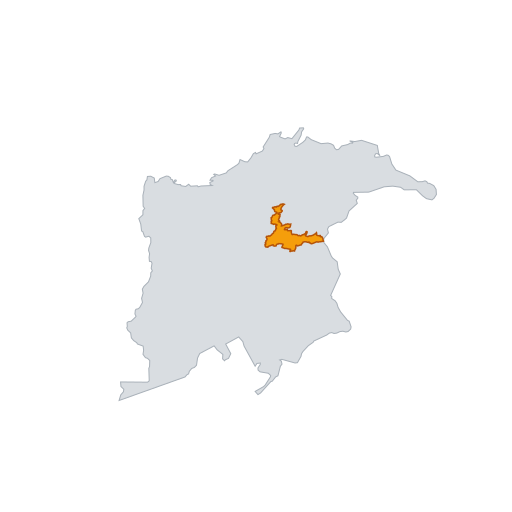 Boyacá highlighted on a map of Colombia, rotated 61°
{"feature_id": "COL-1315", "entity_name": "Boyacá", "entity_type": "Department", "adm_level": 1, "iso_a3": "COL", "parent_name": "Colombia", "parent_adm1": "", "projection": "robinson", "projection_center": [-73.321, 5.85], "detail": "fine", "context": "in_parent", "style": "filled", "palette": "amber", "viewbox_px": 512, "rotation_deg": 61, "n_neighbors": 0, "source": "natural_earth", "source_scale": "10m", "svg_char_len": 9182}
<svg xmlns="http://www.w3.org/2000/svg" viewBox="0 0 512 512"><g transform="rotate(61 256 256)"><path d="M288.5,79.1L284.2,81.1L275.8,83.6L270.0,94.3L266.0,96.2L261.2,102.5L257.6,110.4L254.8,126.4L247.6,139.9L248.2,140.5L251.1,139.9L253.8,138.4L254.8,138.9L255.8,141.3L259.1,141.9L261.7,152.8L266.7,158.4L267.2,160.6L267.9,165.1L266.1,167.9L265.6,178.0L267.1,180.4L270.9,181.5L273.4,187.7L274.9,189.2L277.2,190.1L282.7,189.1L292.5,190.2L294.9,190.0L300.4,187.8L307.4,190.5L312.6,191.0L326.7,209.9L328.1,209.3L329.9,210.4L333.5,208.5L336.6,208.2L340.6,209.1L345.9,209.1L356.6,207.2L358.2,206.1L364.1,207.2L365.8,208.6L366.7,212.1L366.0,214.3L363.9,216.5L362.8,219.3L362.6,222.7L361.6,225.3L359.7,226.9L359.0,229.3L359.4,232.4L358.4,246.7L359.2,247.9L359.8,253.7L362.3,261.3L363.5,263.5L365.6,265.3L369.4,271.5L368.5,273.7L358.9,283.5L358.4,285.7L360.2,284.8L363.2,285.7L364.2,288.1L371.4,294.9L371.3,297.5L373.4,302.6L373.0,303.8L378.0,318.4L378.2,321.5L374.0,322.4L373.9,312.6L373.3,310.5L368.6,301.8L367.6,301.1L364.5,302.1L359.3,308.6L356.8,309.5L354.9,308.6L352.9,304.8L351.7,304.1L350.4,307.3L352.0,310.2L329.0,310.1L324.5,309.0L318.4,310.4L318.3,325.2L329.2,325.4L332.2,329.7L331.9,333.1L332.4,334.3L329.8,335.1L326.0,332.7L319.2,335.5L314.3,336.2L314.0,352.5L316.9,356.6L322.7,361.0L323.6,363.9L323.2,366.7L324.5,370.2L326.4,372.1L326.4,374.2L327.4,376.6L316.0,445.8L311.9,441.6L310.5,437.8L308.5,436.2L304.7,437.4L300.5,435.5L313.8,412.0L313.4,409.9L302.3,404.2L301.1,402.7L295.9,399.6L292.9,400.5L291.3,402.0L287.2,402.5L284.0,400.0L280.1,398.4L275.4,402.4L274.0,402.3L270.7,404.0L267.2,404.7L262.5,402.9L258.8,404.1L256.2,403.9L255.2,402.7L251.9,401.2L251.5,399.7L252.5,396.8L251.0,391.0L250.5,390.1L248.0,390.0L245.0,387.9L244.4,386.7L245.1,384.4L244.5,382.4L241.6,377.8L237.6,376.6L233.8,372.8L229.9,371.5L228.2,368.7L226.5,362.6L222.5,357.8L219.7,356.2L218.8,353.9L215.9,353.6L212.0,350.5L210.2,350.3L209.0,351.8L205.4,350.2L202.3,347.9L199.1,347.3L197.1,345.9L193.3,341.5L189.2,339.3L186.8,340.1L186.0,343.4L184.7,344.0L180.0,343.2L179.2,343.8L178.0,343.7L172.2,341.3L166.5,340.4L165.1,334.9L161.5,332.9L160.4,330.3L157.8,330.6L148.1,325.5L144.1,322.0L140.7,320.1L137.1,316.2L136.6,314.6L133.8,312.4L135.2,309.4L138.5,307.2L142.8,308.9L143.4,305.5L141.8,302.5L142.6,295.7L143.7,294.1L146.1,292.8L147.6,293.3L148.5,292.2L152.0,292.7L153.1,292.2L155.8,289.5L157.0,287.3L158.2,287.5L161.1,283.8L160.6,280.1L163.3,279.3L166.2,273.2L167.4,273.1L168.1,270.2L173.1,260.2L171.2,261.4L169.3,260.7L169.6,257.3L169.0,256.9L167.4,259.5L166.0,256.9L166.4,252.6L164.1,253.4L164.2,252.4L167.5,249.2L168.9,241.8L167.8,239.1L167.1,228.1L166.6,226.0L163.9,223.2L168.1,220.1L169.7,217.7L167.7,212.8L165.2,208.7L165.2,206.2L166.7,206.4L167.3,199.6L165.9,197.0L164.1,196.9L158.6,186.8L156.6,184.7L158.1,179.8L159.8,177.7L159.5,174.0L160.6,174.2L163.0,177.5L163.9,177.0L167.7,173.8L167.8,170.8L170.8,167.7L166.6,157.4L165.2,155.8L166.9,152.4L167.9,152.6L169.5,155.9L172.2,158.0L176.1,163.8L177.7,165.1L176.5,166.4L176.3,167.7L176.8,168.5L179.0,168.7L179.9,167.1L179.3,160.0L178.4,156.5L176.4,154.1L177.0,153.0L181.0,151.3L189.3,144.6L192.1,138.3L194.3,136.0L196.8,134.5L199.8,134.9L202.1,134.1L202.8,132.1L201.3,127.7L203.0,121.7L203.0,118.7L204.1,116.9L203.7,116.2L200.7,118.3L203.8,114.1L206.0,107.6L218.1,96.3L225.9,99.0L228.4,98.9L225.1,100.3L224.6,101.9L225.7,103.6L226.9,104.1L227.9,103.0L230.6,96.4L231.0,92.7L232.1,91.5L233.8,91.0L241.4,92.6L248.7,92.0L260.5,82.6L269.5,78.5L271.6,74.6L272.2,71.7L273.8,70.6L275.5,70.6L276.6,69.0L280.6,66.4L285.0,66.2L289.7,68.4L291.8,72.3L292.2,74.9L288.5,79.1ZM152.2,291.5L151.6,292.0L150.6,291.1L150.2,289.9L150.9,289.1L151.7,289.3L152.2,291.5Z" fill="#d9dde1" stroke="#a8b0b8" stroke-width="1"/><path d="M275.2,189.6L275.8,189.8L275.6,190.4L275.4,190.9L274.6,193.1L274.2,193.9L274.0,194.9L273.6,195.4L273.2,195.7L273.0,196.1L272.5,200.4L272.3,201.2L272.2,201.5L271.9,201.9L271.6,202.0L271.3,202.1L271.1,202.1L270.9,202.3L270.7,202.6L270.5,202.8L270.3,203.0L270.1,202.9L270.0,202.7L269.9,202.7L269.6,202.8L269.4,203.1L269.3,203.3L269.3,203.6L269.1,204.1L268.6,204.7L268.0,205.1L267.1,206.6L266.7,208.0L266.7,208.3L266.8,208.4L267.1,208.6L267.2,208.8L267.3,209.3L267.4,209.6L267.5,209.9L267.6,210.2L268.2,210.9L268.2,211.3L267.9,211.9L267.7,213.1L267.3,214.8L267.2,214.9L266.7,215.0L266.4,215.2L266.2,215.4L266.1,215.5L266.1,216.0L268.0,217.2L268.8,217.8L269.0,218.4L269.4,218.7L269.8,219.5L270.3,219.9L270.0,220.2L269.9,220.3L269.7,220.4L269.6,220.7L269.5,221.1L269.5,221.4L269.4,221.6L269.1,221.9L269.0,222.2L268.9,222.4L268.7,223.9L268.5,224.1L268.4,224.0L268.1,223.8L267.6,223.5L267.5,223.3L267.3,222.9L267.2,222.7L266.9,222.6L266.6,222.8L266.2,223.4L263.9,226.1L263.5,226.9L263.2,227.4L262.4,227.9L261.2,229.1L260.8,229.1L260.3,228.3L259.9,227.9L259.4,227.1L259.2,226.9L258.8,226.7L258.4,227.1L258.2,227.3L257.9,227.6L257.5,228.0L256.4,229.8L256.2,230.0L256.3,230.8L256.2,231.0L256.0,231.3L255.9,231.8L255.9,232.1L256.0,232.4L256.2,232.8L256.7,233.3L256.9,233.6L256.6,234.2L256.5,234.7L256.3,235.0L256.0,235.3L255.5,235.9L254.8,235.6L254.5,235.6L254.4,235.8L254.1,237.3L254.0,238.3L253.7,239.3L253.6,239.8L254.0,241.1L253.9,241.5L253.6,241.5L253.5,241.8L253.5,242.0L253.4,242.1L253.2,242.6L253.1,242.8L252.7,243.1L251.9,243.2L251.1,242.8L250.6,242.8L250.5,242.4L250.4,241.8L250.2,241.6L249.8,241.5L249.6,241.5L249.3,241.6L249.0,241.6L248.9,241.4L248.8,241.2L248.4,240.4L247.6,240.1L247.6,239.9L247.6,239.6L247.5,239.3L247.2,238.9L246.9,238.4L246.7,238.2L246.1,238.0L244.5,238.0L244.0,237.3L244.0,237.0L244.7,235.7L244.6,234.9L245.4,234.3L245.4,234.0L245.1,233.3L245.1,232.8L245.2,232.5L245.1,232.2L244.6,231.3L244.4,230.7L244.5,230.1L244.2,229.4L243.8,229.0L243.2,228.5L243.1,228.2L243.1,227.9L243.1,227.7L243.2,227.4L243.3,227.1L243.1,226.9L243.1,226.7L242.9,226.5L242.1,225.6L241.9,225.2L241.9,224.9L241.7,224.9L241.6,225.0L241.3,225.0L241.0,224.8L240.6,224.4L240.1,224.5L239.1,223.9L239.1,222.7L238.9,222.6L238.7,222.7L238.0,223.2L236.9,224.5L236.9,224.9L236.8,225.4L236.2,225.6L234.9,226.9L234.0,226.3L233.7,226.3L233.3,226.1L233.1,225.9L232.9,225.5L232.9,225.1L231.9,225.1L231.7,225.1L231.4,224.8L230.7,224.4L230.3,224.4L230.0,224.4L229.9,224.3L229.9,224.1L229.9,223.7L229.7,223.0L228.9,222.1L228.6,221.5L228.6,221.2L228.9,220.5L229.1,220.2L229.1,219.9L229.1,219.7L228.9,219.5L228.8,219.1L228.8,218.7L228.8,218.4L228.7,218.0L228.6,217.8L228.6,217.6L228.6,217.4L228.4,217.2L228.3,216.9L228.2,216.8L228.1,216.6L227.9,216.6L227.6,216.8L227.0,217.4L226.7,217.6L226.6,217.8L226.1,218.0L225.1,217.8L224.8,217.7L224.5,217.5L224.2,217.4L224.1,217.5L223.8,217.7L223.3,217.9L222.2,218.2L221.9,218.3L221.8,218.2L221.7,218.0L221.6,217.9L221.9,217.3L222.1,215.8L222.2,215.5L222.4,215.1L222.7,214.8L223.0,214.7L222.7,213.6L222.8,213.2L223.2,212.9L223.3,212.8L223.4,212.6L223.3,212.3L223.3,212.2L223.3,211.2L223.3,210.9L223.2,210.5L222.9,210.1L222.8,209.9L222.8,209.6L222.8,209.3L223.1,208.7L223.3,207.8L223.5,207.2L223.9,206.7L224.5,206.2L224.6,206.8L224.6,207.0L224.8,207.7L225.0,208.1L225.3,209.1L226.1,210.5L226.5,211.0L226.8,211.2L227.0,211.4L227.2,211.5L227.4,211.7L227.6,211.7L227.7,211.8L228.0,211.7L228.5,211.3L228.8,211.1L229.1,211.1L229.3,211.2L229.5,211.5L229.7,212.2L229.9,212.6L230.1,213.1L230.1,213.5L229.6,214.5L229.5,215.0L229.5,215.3L229.7,216.1L230.1,216.2L230.5,216.0L230.7,215.7L231.0,215.2L231.4,214.9L231.8,215.4L232.7,215.6L233.0,216.0L233.1,216.7L233.5,216.7L233.9,216.9L234.3,217.7L234.7,218.3L235.4,218.8L235.7,218.8L235.9,218.6L236.1,218.6L236.5,218.4L236.8,218.4L237.0,218.4L237.2,218.5L237.4,218.7L237.3,219.3L238.2,218.6L239.6,218.2L240.2,218.1L240.6,218.2L241.0,218.3L241.4,218.6L241.8,219.0L242.0,219.2L242.2,218.8L242.3,218.5L242.3,218.0L242.5,216.9L242.7,216.2L242.7,215.7L242.7,215.2L242.6,214.8L242.7,214.5L243.1,213.8L243.2,212.9L243.4,212.5L244.2,211.7L244.3,211.5L245.0,210.2L245.3,210.6L246.2,211.1L247.0,212.0L247.3,212.4L247.3,212.7L247.3,213.1L247.3,213.5L246.9,214.4L246.6,215.0L246.2,215.2L246.1,215.6L245.7,216.0L245.6,216.9L246.4,218.1L246.7,218.3L246.9,218.2L247.2,217.4L247.6,217.0L247.8,216.4L247.9,215.9L248.1,215.8L248.7,216.0L249.2,216.0L250.2,214.2L250.6,213.1L251.0,212.9L251.3,212.9L251.8,213.3L252.4,213.7L254.3,214.0L254.7,214.0L254.9,213.8L255.1,212.7L256.7,210.7L256.9,210.2L257.1,209.9L257.7,209.6L258.3,209.5L258.7,209.2L259.0,208.1L259.4,207.8L259.6,207.7L259.9,207.4L260.1,207.2L260.1,206.9L260.1,206.5L260.2,206.1L259.9,205.4L260.3,204.1L260.2,203.1L260.3,202.3L260.3,202.0L260.1,201.6L259.9,201.4L259.7,201.2L259.1,200.5L259.0,200.1L259.2,199.8L259.6,199.6L259.8,199.6L260.1,200.0L260.8,200.6L261.2,201.1L261.4,201.6L261.8,202.8L262.1,202.9L262.7,202.7L263.4,201.9L263.8,201.7L264.0,201.5L264.2,201.2L264.2,199.9L264.3,199.5L265.1,198.0L265.4,196.2L265.5,195.4L265.3,194.6L265.3,194.2L265.3,193.9L265.5,193.5L264.9,191.8L265.4,191.9L266.6,192.6L267.0,192.7L267.4,192.7L267.7,192.4L268.3,191.9L268.5,191.5L268.7,191.2L268.9,190.6L269.3,189.8L269.7,189.9L269.9,190.3L270.0,190.4L270.4,190.2L270.6,190.0L270.7,189.8L270.8,189.7L270.9,189.3L271.0,189.2L271.4,189.0L273.0,189.0L273.6,189.2L274.0,189.4L274.4,189.6L275.2,189.6Z" fill="#f59e0b" stroke="#b45309" stroke-width="1.5"/></g></svg>